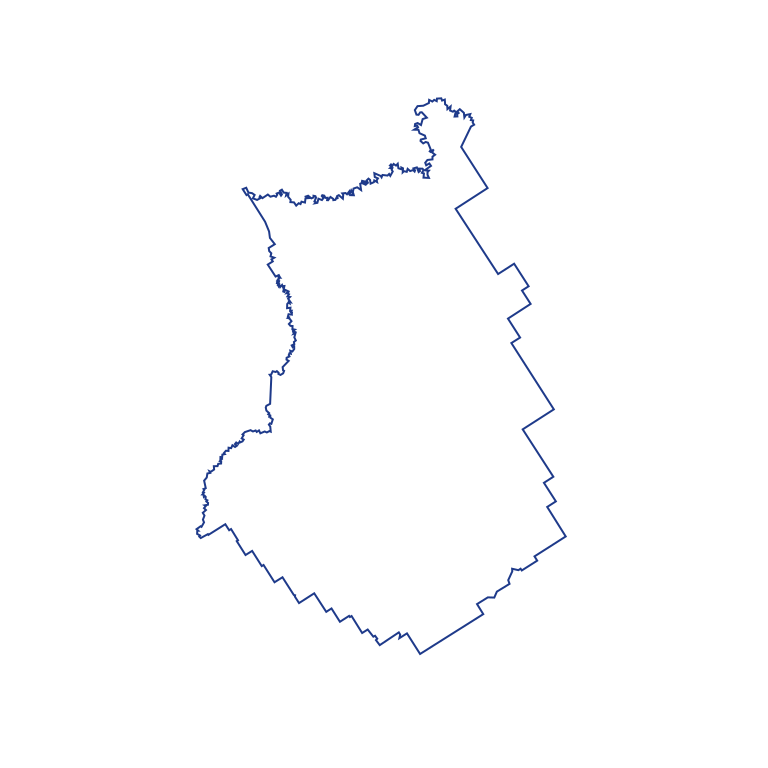 outline of Balranald, New South Wales, Australia, rotated 140°
{"feature_id": "25037944B43785864788030", "entity_name": "Balranald", "entity_type": "district", "adm_level": 2, "iso_a3": "AUS", "parent_name": "Australia", "parent_adm1": "New South Wales", "projection": "mercator", "projection_center": [143.52, -34.044], "detail": "fine", "context": "isolated", "style": "outline", "palette": "blue", "viewbox_px": 768, "rotation_deg": 140, "n_neighbors": 0, "source": "geoboundaries", "source_scale": "gbopen_adm2", "svg_char_len": 6142}
<svg xmlns="http://www.w3.org/2000/svg" viewBox="0 0 768 768"><g transform="rotate(140 384 384)"><path d="M380.2,150.2L379.5,155.2L342.8,150.4L338.0,184.9L327.8,183.6L325.0,205.5L313.9,204.1L306.9,260.1L270.2,255.4L260.1,333.5L249.9,332.1L247.0,354.4L220.2,351.1L218.2,366.9L210.4,365.9L207.0,392.5L225.9,394.9L216.5,472.2L178.7,467.5L172.5,516.0L151.9,525.3L148.3,524.7L148.0,527.3L146.3,528.6L147.8,530.3L145.7,531.5L146.9,533.9L144.4,535.3L148.3,537.4L151.1,536.5L148.5,540.4L149.3,545.8L153.1,545.7L153.7,544.4L151.8,543.5L154.5,543.8L155.8,541.8L158.0,543.5L154.1,546.4L154.5,548.3L156.2,548.3L157.6,551.0L154.6,553.8L158.7,553.8L156.7,556.5L157.4,559.0L154.6,562.8L157.3,563.8L156.5,566.0L160.0,568.6L161.8,566.8L162.9,569.4L165.4,569.3L166.8,572.6L169.0,570.4L175.0,571.9L179.7,575.3L184.3,574.0L186.0,569.5L184.5,568.0L181.7,568.8L180.4,567.9L180.0,560.5L184.1,562.1L189.2,558.6L190.5,562.3L193.0,563.2L194.6,561.8L192.5,560.6L192.9,558.8L197.4,559.4L194.2,556.6L195.6,553.3L193.0,548.0L194.1,545.4L198.7,547.6L199.8,546.7L199.3,543.1L196.5,542.6L195.2,540.6L197.6,533.3L199.4,532.8L199.1,531.8L195.2,531.7L198.3,530.5L197.5,526.8L200.7,527.0L202.5,524.9L206.7,527.7L210.2,527.0L211.1,524.4L207.5,523.8L207.8,520.9L215.4,521.5L212.5,518.6L214.5,518.3L216.2,516.3L217.1,513.0L221.1,516.7L218.1,519.6L219.2,521.4L216.1,522.5L216.1,524.2L218.5,526.3L219.6,524.0L221.2,524.1L219.6,528.8L222.8,530.2L222.9,527.7L224.0,527.1L224.2,529.2L227.1,530.3L227.6,533.6L230.2,531.9L231.9,534.2L233.6,534.1L230.8,537.0L231.5,538.6L232.5,537.1L234.3,540.0L231.9,543.9L234.4,543.6L235.2,546.4L237.4,545.7L237.5,547.7L239.0,547.5L238.5,545.6L240.4,545.5L238.9,544.0L240.4,543.3L240.7,541.2L245.4,539.4L245.1,541.6L247.3,541.4L250.8,545.1L253.0,543.9L252.8,545.5L255.9,551.7L258.0,548.5L256.5,545.4L258.8,544.7L259.5,543.2L260.6,546.2L262.0,545.1L265.5,546.1L263.5,549.3L263.9,551.3L266.4,551.1L267.0,548.5L268.7,548.5L268.1,550.9L270.2,553.7L271.3,552.8L269.8,550.8L270.4,549.3L271.8,552.2L273.5,552.7L276.9,547.3L278.1,551.9L281.7,553.3L284.5,551.0L285.8,548.0L287.7,549.7L285.6,549.6L284.7,553.4L289.1,551.1L287.1,553.8L290.4,553.1L290.7,555.0L293.4,556.8L293.5,555.3L296.4,552.4L297.2,557.7L298.9,558.1L300.5,555.5L300.2,557.5L302.9,556.3L304.6,557.4L303.9,558.4L304.8,561.7L308.7,560.7L309.4,561.4L307.6,563.0L309.2,564.2L308.7,566.7L309.9,568.3L310.8,568.0L310.8,565.4L313.3,564.8L315.1,568.1L318.6,565.6L320.5,566.7L319.3,566.8L320.0,568.5L316.3,570.4L315.8,572.0L317.0,573.5L318.1,572.2L320.3,572.9L321.1,577.0L323.2,577.8L322.7,575.2L324.8,576.7L327.9,573.8L330.0,576.7L332.3,575.5L333.1,577.3L336.6,577.1L336.2,581.0L338.8,583.5L337.1,585.1L337.1,589.1L334.9,591.2L337.9,591.3L335.7,593.0L337.8,595.1L337.3,598.5L339.4,598.9L340.3,594.9L341.8,594.5L341.3,598.1L343.8,598.9L344.1,597.6L346.4,596.9L347.2,598.9L350.6,600.5L351.2,603.8L357.6,604.5L358.0,607.7L359.2,607.2L359.0,605.8L362.9,606.6L365.1,610.5L361.6,612.0L362.4,615.0L364.8,617.8L363.4,622.9L367.0,624.1L367.9,617.1L366.4,616.9L370.8,584.7L374.0,574.7L377.5,569.2L377.8,561.3L384.9,562.3L386.5,559.6L386.3,556.6L388.9,554.7L386.9,551.3L390.1,551.8L390.4,549.4L396.3,550.2L398.0,536.0L393.7,534.8L396.0,535.0L394.9,534.6L395.1,532.5L396.0,533.7L396.8,532.3L397.9,532.9L397.2,532.1L398.6,532.0L398.1,530.3L399.1,529.7L398.8,531.1L399.7,531.3L399.6,529.8L400.1,530.8L401.2,530.1L400.2,528.3L402.7,527.8L401.6,527.9L401.9,526.5L400.4,527.1L401.2,525.0L398.4,525.4L399.2,522.9L398.0,523.6L397.3,523.1L401.7,519.6L401.1,518.5L399.3,519.8L397.8,516.7L400.0,516.2L398.7,515.6L399.7,515.2L399.1,513.8L401.7,513.1L400.1,511.1L402.6,511.0L403.0,506.6L404.0,507.9L404.5,506.7L404.8,507.8L406.7,507.5L409.5,504.4L406.6,502.6L408.9,500.4L407.7,499.5L409.1,498.8L408.2,497.2L409.1,497.8L410.0,496.4L412.3,498.8L414.3,497.4L413.9,496.4L415.3,496.4L414.3,494.9L414.5,491.6L418.3,491.1L418.3,488.7L416.8,487.2L418.9,484.9L417.4,483.0L419.7,483.2L420.2,482.0L419.3,482.4L418.6,480.7L420.6,480.4L419.2,479.8L422.7,477.4L423.6,474.0L426.0,474.1L427.1,472.2L429.9,472.9L430.2,471.3L428.9,471.9L428.4,470.8L430.3,468.5L433.3,467.8L434.4,469.7L435.9,467.1L436.7,468.3L438.4,467.4L438.7,465.9L441.7,466.7L443.0,465.4L442.2,463.0L450.8,462.1L452.5,459.4L452.1,458.3L454.4,457.0L457.5,457.5L458.4,459.6L457.5,460.4L457.8,462.7L459.2,462.8L461.1,465.3L464.5,463.7L465.6,464.5L465.9,461.7L484.0,442.0L488.1,442.9L489.7,442.0L491.2,439.2L490.7,435.5L492.1,435.2L491.5,433.9L492.7,432.9L491.7,432.5L492.7,431.3L491.9,428.4L495.9,425.9L496.7,427.2L498.3,426.9L498.5,424.5L501.4,420.3L502.1,421.6L504.9,422.2L505.9,424.3L510.4,425.7L509.6,428.8L512.3,429.1L512.2,430.9L514.9,431.9L515.9,434.4L521.5,436.6L524.8,436.3L524.5,435.0L528.0,433.8L527.2,431.6L529.3,431.0L531.7,431.7L531.6,432.7L534.1,431.9L534.8,434.2L536.8,433.8L536.3,431.3L538.6,431.5L539.5,434.5L542.3,433.1L544.0,435.1L546.2,432.7L548.0,434.5L551.0,434.0L551.0,432.6L553.2,433.8L555.0,432.0L556.2,433.2L557.1,432.2L556.1,432.1L556.9,431.3L556.1,431.0L556.2,430.7L559.3,430.4L558.7,429.1L559.9,427.8L562.3,429.4L564.3,428.1L567.2,430.4L569.1,427.7L573.2,428.1L573.8,429.4L574.3,427.6L576.8,429.0L579.9,426.3L583.9,425.6L587.5,418.8L589.7,419.5L589.6,418.5L592.3,417.4L591.8,416.5L594.0,416.1L593.3,415.5L594.5,413.4L593.2,413.5L593.1,412.2L594.9,410.4L594.1,408.5L595.6,408.2L595.2,406.0L596.5,404.7L599.3,406.3L598.9,405.1L601.7,404.6L601.4,401.9L605.6,401.8L606.1,398.6L609.9,396.5L610.8,393.7L615.6,391.9L615.9,392.9L620.9,393.3L620.6,391.0L621.4,391.6L623.5,389.3L622.3,386.2L623.6,385.9L623.4,383.8L615.4,382.2L615.5,381.3L595.7,378.6L596.6,371.5L594.4,371.2L596.3,358.1L597.8,358.3L600.0,342.0L592.3,340.9L594.7,323.1L592.6,322.8L595.3,302.5L586.0,301.2L588.7,280.4L587.9,279.3L588.9,278.5L589.9,270.8L572.0,268.5L574.7,246.6L568.5,245.8L570.6,230.2L559.8,228.8L559.9,227.4L558.0,227.1L560.8,207.3L554.3,206.4L554.6,197.3L552.7,196.9L552.9,193.2L554.8,193.0L555.1,186.7L532.3,184.2L532.7,181.6L535.6,179.4L526.7,178.2L529.9,154.0L455.9,143.9L454.2,155.6L441.6,153.8L436.8,149.5L431.0,152.4L416.3,150.2L414.9,153.9L406.2,158.0L404.6,160.1L400.7,155.0L398.1,154.7L398.3,152.6L380.2,150.2Z" fill="none" stroke="#1e3a8a" stroke-width="2"/></g></svg>